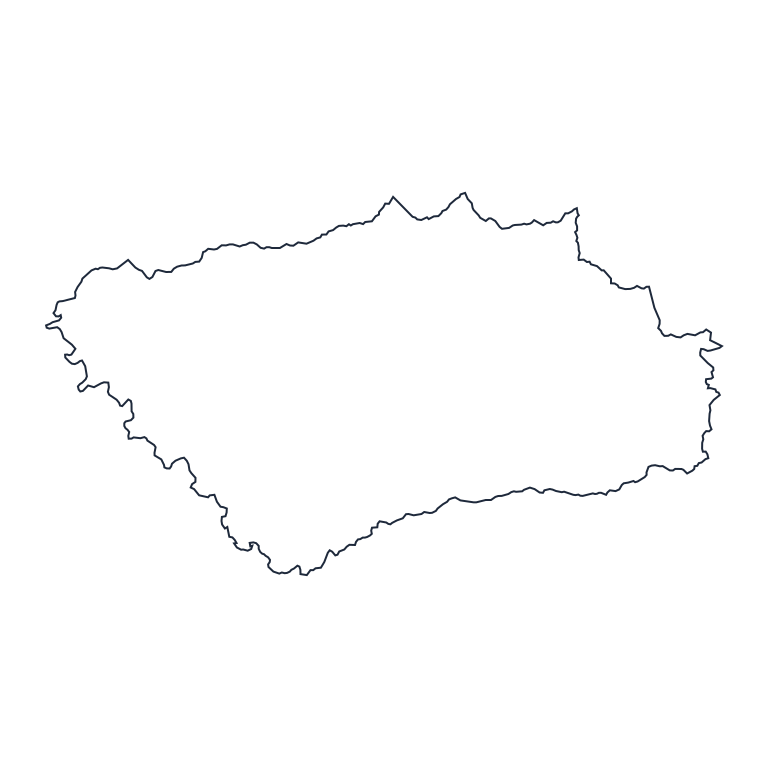 outline of Quaraí, Rio Grande do Sul, Brazil
{"feature_id": "56859067B66093253937980", "entity_name": "Quaraí", "entity_type": "district", "adm_level": 2, "iso_a3": "BRA", "parent_name": "Brazil", "parent_adm1": "Rio Grande do Sul", "projection": "robinson", "projection_center": [-56.156, -30.292], "detail": "fine", "context": "isolated", "style": "outline", "palette": "slate", "viewbox_px": 768, "rotation_deg": 0, "n_neighbors": 0, "source": "geoboundaries", "source_scale": "gbopen_adm2", "svg_char_len": 6062}
<svg xmlns="http://www.w3.org/2000/svg" viewBox="0 0 768 768"><path d="M393.1,196.9L389.0,203.8L385.2,203.6L383.2,207.4L379.1,211.9L378.9,214.6L375.6,216.3L371.9,221.3L365.2,222.0L363.1,224.1L359.7,223.0L352.9,224.2L350.8,225.5L348.9,224.2L346.4,226.2L343.2,225.6L338.9,225.9L336.1,227.6L333.1,230.1L328.6,231.4L326.4,234.5L321.9,234.6L320.3,237.4L316.6,238.4L313.5,240.7L306.5,243.7L298.2,242.4L293.4,245.7L290.0,245.5L286.5,244.0L279.9,248.0L271.8,248.0L269.3,247.2L266.5,247.2L264.1,248.6L260.6,247.8L256.8,244.4L253.5,242.7L249.7,242.7L245.9,244.7L242.8,245.2L239.7,246.5L232.9,244.4L229.6,244.4L226.1,245.4L221.7,245.3L217.0,248.9L214.0,249.5L208.2,248.8L205.3,251.3L203.1,252.1L201.7,257.9L199.2,261.6L195.3,261.9L192.8,263.5L185.1,265.4L181.5,265.5L177.1,266.7L173.8,268.7L171.3,271.9L166.1,272.0L158.3,270.0L155.5,271.0L152.4,277.0L149.4,278.9L146.8,277.3L142.0,270.9L138.9,269.8L135.3,267.5L128.1,259.9L117.1,268.4L112.7,269.3L109.1,268.3L102.4,267.5L100.0,267.8L97.9,269.2L95.6,268.7L91.5,270.4L82.4,278.6L81.4,281.7L77.6,287.0L75.1,292.0L75.5,295.5L74.9,298.0L62.7,301.1L59.4,301.4L57.7,302.3L56.6,304.9L55.5,310.2L53.5,313.1L56.0,316.3L58.6,316.4L60.7,315.1L61.2,317.7L59.0,320.4L52.6,322.2L49.9,323.9L46.1,325.4L46.7,327.7L49.3,328.6L57.2,327.2L59.8,329.1L61.6,332.1L63.6,338.2L71.9,344.7L75.4,348.8L71.4,354.6L69.1,355.2L67.2,354.5L65.1,354.7L65.3,357.5L69.4,361.8L71.9,363.7L74.8,364.1L77.6,362.9L79.9,361.1L82.0,360.5L85.2,366.2L86.9,376.4L85.7,379.2L82.2,382.7L79.9,384.1L77.9,386.4L78.7,389.6L80.3,391.5L82.9,390.9L88.1,385.5L94.0,387.2L101.0,383.4L104.0,382.3L108.3,382.6L108.9,387.2L107.9,391.8L109.1,394.7L116.6,399.7L119.1,402.8L120.1,405.6L122.2,406.1L128.3,399.5L130.8,400.9L131.5,403.5L131.6,411.3L133.3,414.0L133.4,417.6L130.9,420.2L125.6,421.5L124.3,423.2L124.3,426.0L125.5,428.2L127.5,429.8L129.2,432.0L128.3,435.9L128.7,438.7L131.6,438.6L133.6,437.4L140.4,438.2L144.4,437.1L146.4,438.4L147.4,440.6L154.1,445.0L155.6,447.2L154.5,452.8L154.6,455.4L161.3,459.4L164.0,464.9L164.4,467.4L166.7,468.4L169.6,468.5L171.1,466.5L172.0,463.7L175.5,460.7L180.8,458.4L184.0,457.7L186.8,460.8L188.5,464.2L189.5,470.4L191.3,473.1L195.5,477.8L195.4,481.9L192.1,484.1L190.7,487.5L194.1,489.1L199.1,495.3L208.1,497.3L209.7,495.4L214.4,494.8L216.9,501.7L220.5,506.7L223.4,507.2L226.8,508.5L226.6,512.5L225.5,516.2L221.9,516.9L221.5,521.0L222.1,524.5L224.9,528.5L227.3,527.0L229.3,536.8L232.4,537.4L234.7,539.9L236.5,543.0L234.1,543.4L236.9,547.5L241.1,549.7L243.2,549.5L247.7,550.7L251.2,549.0L252.3,545.7L250.3,546.3L249.7,542.9L253.4,542.4L256.2,543.2L258.7,545.9L258.7,548.8L260.2,551.9L262.2,553.7L264.0,554.2L265.6,555.8L268.1,557.3L270.0,559.9L269.7,562.1L268.1,564.4L268.5,567.0L273.4,571.6L279.3,573.6L281.8,572.5L284.7,573.2L287.1,572.9L289.8,571.6L291.4,569.8L293.9,568.6L297.4,565.7L299.4,566.6L300.4,569.9L300.5,574.1L306.8,575.1L310.5,570.1L313.3,570.1L315.5,568.3L320.9,567.7L324.3,562.0L327.8,552.8L329.7,550.3L332.2,551.7L335.3,555.4L337.5,554.7L339.2,551.5L344.3,549.5L346.7,546.7L349.4,544.8L355.0,545.0L356.0,541.9L358.0,539.4L360.3,539.1L362.7,537.6L364.9,537.6L367.1,537.0L370.1,535.4L371.8,533.8L371.2,530.7L372.0,527.7L377.3,527.3L377.7,523.7L379.6,521.3L386.3,522.5L388.3,523.9L390.4,524.3L392.1,522.9L396.9,520.4L402.8,518.3L406.0,514.2L408.5,514.0L413.7,515.3L421.5,514.0L424.2,512.0L429.7,513.0L432.1,512.8L435.9,510.9L437.6,508.5L443.0,504.2L447.1,501.8L449.0,499.4L451.9,498.3L455.2,497.4L460.4,500.4L473.4,502.3L476.4,502.3L485.7,500.0L491.0,500.0L495.4,496.9L498.2,496.0L501.7,495.9L508.4,494.0L511.3,492.1L513.9,491.3L516.1,491.8L522.2,491.3L524.0,489.8L529.9,487.6L534.6,489.1L539.6,492.5L543.0,492.8L544.4,490.3L549.8,489.0L552.6,489.6L556.0,491.0L561.8,492.2L564.1,491.7L573.3,494.8L575.5,495.1L578.4,494.6L580.3,495.7L582.7,495.9L592.8,493.4L595.0,494.0L596.9,493.8L598.9,492.8L601.1,492.8L606.1,494.8L607.4,492.5L609.8,490.3L615.6,491.1L619.3,489.4L621.8,485.0L623.7,483.3L628.2,482.6L633.5,481.0L635.1,482.2L637.6,481.5L644.7,477.1L646.6,474.9L646.5,472.4L648.5,466.9L651.6,465.6L655.1,465.2L659.9,466.3L662.7,466.1L669.8,470.4L672.9,470.5L675.2,468.9L681.5,469.0L683.4,469.8L687.1,473.5L692.3,470.7L694.2,469.0L694.6,466.2L697.3,465.8L698.8,463.1L701.6,462.5L705.5,459.1L708.3,458.2L707.4,454.3L705.7,451.6L702.9,451.7L702.1,448.8L702.2,442.8L703.3,439.3L702.6,435.8L704.3,433.1L706.2,431.1L709.1,431.3L711.5,429.3L710.0,425.6L709.1,421.1L709.6,413.7L710.4,410.3L709.5,405.1L713.7,399.9L719.8,395.0L718.5,392.6L716.3,391.9L715.4,389.4L710.3,388.1L707.9,388.3L708.8,384.9L706.8,384.1L705.8,382.0L706.1,379.2L711.4,378.6L713.0,377.3L711.5,372.1L713.4,370.3L713.2,367.5L707.8,363.1L700.3,355.5L700.2,352.6L701.1,348.9L703.7,349.2L707.6,350.9L710.5,350.5L719.5,347.9L721.9,346.1L710.1,340.2L711.0,332.6L706.2,329.5L703.0,332.2L700.4,332.4L695.1,335.3L687.4,333.9L683.7,335.3L680.6,337.4L676.3,336.9L670.8,334.4L668.2,335.8L664.4,335.9L662.0,333.3L661.0,330.9L658.2,328.1L659.6,323.9L659.7,320.2L654.4,307.8L649.0,286.7L646.4,286.8L643.9,288.6L641.5,288.3L637.0,285.9L634.1,287.8L630.3,288.9L625.2,289.1L618.8,287.4L617.7,285.3L614.7,283.5L611.0,283.3L611.0,278.6L603.7,270.3L601.7,270.4L597.0,266.1L590.9,264.3L589.6,261.7L586.9,262.0L583.7,259.6L578.8,260.0L578.5,257.4L579.7,253.1L578.7,250.1L578.6,246.4L577.9,242.7L576.3,241.0L577.4,237.8L576.5,235.0L575.1,232.1L577.1,230.4L577.1,226.4L575.7,222.8L576.1,218.6L577.3,216.7L578.8,215.3L577.6,213.4L576.8,208.2L573.9,209.5L572.0,211.3L568.2,213.3L565.3,213.3L560.7,220.7L557.9,222.3L555.9,222.4L553.1,221.3L550.7,222.7L546.7,222.9L543.2,225.3L534.1,220.1L531.8,222.6L530.0,223.7L526.5,224.4L524.1,223.7L521.4,224.6L514.7,225.0L512.7,225.5L509.1,227.9L502.0,228.8L499.6,226.9L495.3,221.0L490.9,218.4L488.9,218.4L485.8,221.0L480.2,217.8L478.7,215.4L473.6,210.0L472.6,207.9L471.8,203.3L467.7,199.0L465.1,192.9L460.6,194.4L459.5,197.0L456.0,199.0L449.9,204.3L448.5,207.0L446.2,209.6L442.5,211.0L441.3,213.2L438.4,216.1L433.8,216.4L428.7,219.1L427.0,217.3L421.3,220.0L417.2,219.4L415.4,217.6L412.6,216.8L393.1,196.9Z" fill="none" stroke="#1e293b" stroke-width="2"/></svg>